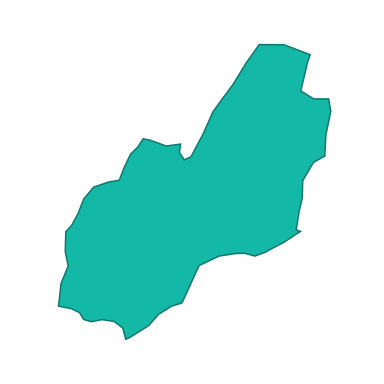 Cetinje, Natural Earth projection, rotated 261°
{"feature_id": "MNE-1500", "entity_name": "Cetinje", "entity_type": "Municipality", "adm_level": 1, "iso_a3": "MNE", "parent_name": "Montenegro", "parent_adm1": "", "projection": "natural_earth1", "projection_center": [18.874, 42.501], "detail": "fine", "context": "isolated", "style": "filled", "palette": "teal", "viewbox_px": 384, "rotation_deg": 261, "n_neighbors": 0, "source": "natural_earth", "source_scale": "10m", "svg_char_len": 933}
<svg xmlns="http://www.w3.org/2000/svg" viewBox="0 0 384 384"><g transform="rotate(261 192 192)"><path d="M100.1,42.3L122.2,48.4L138.2,58.1L152.9,57.5L172.5,61.1L178.1,68.1L188.6,76.1L202.2,84.1L212.2,95.6L214.7,109.8L214.9,110.6L215.0,122.0L226.9,128.9L238.9,137.2L245.0,145.6L252.2,152.0L249.9,158.5L241.5,173.6L241.1,188.2L233.0,185.8L225.0,189.4L227.0,196.5L247.5,212.0L268.0,225.3L279.6,236.9L292.1,249.6L310.9,265.6L327.1,281.5L323.1,305.8L309.1,330.2L301.6,326.2L274.8,315.3L264.9,326.7L262.6,341.5L249.9,341.7L227.6,333.2L207.0,328.8L206.8,328.9L202.2,316.6L186.0,303.2L168.6,299.9L155.9,294.7L138.1,289.0L136.2,293.0L128.3,275.7L120.9,254.2L118.9,244.0L123.3,234.4L124.4,225.5L124.5,208.6L118.2,187.4L97.4,173.7L84.0,164.7L82.4,153.9L76.4,139.9L66.7,128.1L57.8,107.1L56.9,103.5L68.5,102.3L76.3,94.8L80.0,83.3L79.7,72.2L83.0,65.1L90.5,62.0L95.7,54.5L100.1,42.3Z" fill="#14b8a6" stroke="#0f766e" stroke-width="1.5"/></g></svg>